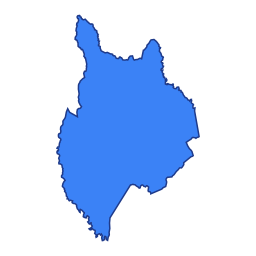 Sidrolândia, Mato Grosso do Sul, Brazil
{"feature_id": "56859067B34075926381215", "entity_name": "Sidrolândia", "entity_type": "district", "adm_level": 2, "iso_a3": "BRA", "parent_name": "Brazil", "parent_adm1": "Mato Grosso do Sul", "projection": "equal_earth", "projection_center": [-54.979, -21.085], "detail": "fine", "context": "isolated", "style": "filled", "palette": "blue", "viewbox_px": 256, "rotation_deg": 0, "n_neighbors": 0, "source": "geoboundaries", "source_scale": "gbopen_adm2", "svg_char_len": 5629}
<svg xmlns="http://www.w3.org/2000/svg" viewBox="0 0 256 256"><path d="M143.4,50.2L141.6,58.8L140.6,58.3L139.8,58.3L137.5,59.5L135.8,59.6L134.3,60.1L133.9,59.7L133.5,59.1L132.5,55.9L130.2,56.1L128.8,57.7L128.1,59.7L127.6,60.0L126.6,59.7L126.1,59.9L124.6,60.1L122.8,59.9L121.6,57.8L120.4,57.4L120.0,56.9L119.4,57.2L118.8,58.3L118.3,58.6L116.7,58.4L116.2,58.2L115.1,56.1L114.5,55.8L113.3,55.7L112.9,55.3L112.7,54.4L111.9,54.0L110.5,53.9L107.3,52.4L105.2,52.9L101.3,50.9L100.9,50.5L100.9,49.8L100.2,48.3L100.2,46.5L99.5,46.0L99.1,46.0L98.5,45.7L98.5,44.8L99.0,44.4L99.1,43.3L98.8,42.1L99.4,41.1L98.1,40.5L98.2,39.8L98.7,39.1L98.1,38.5L97.8,37.6L98.1,36.4L97.6,36.2L97.7,35.4L98.2,34.8L97.7,34.3L97.6,33.6L96.5,32.0L96.9,31.3L96.6,30.6L95.9,30.4L95.2,29.7L94.6,29.7L94.6,29.0L94.3,28.3L93.0,26.5L93.1,25.7L93.0,24.9L92.6,24.2L91.7,23.9L91.0,24.3L89.1,23.3L88.6,22.5L87.3,21.7L87.0,21.1L85.2,19.2L83.6,19.8L82.6,19.5L82.3,18.9L81.6,18.8L81.1,17.1L80.4,17.0L80.0,16.4L79.8,15.6L79.2,15.4L78.7,15.7L77.9,15.7L77.2,16.5L77.2,17.6L77.8,18.6L78.4,18.7L78.6,20.5L77.7,22.8L76.9,23.1L76.7,24.2L76.6,25.1L77.1,25.3L77.1,26.1L76.3,28.3L76.0,30.8L76.8,32.0L76.6,33.6L76.8,34.5L76.2,36.0L75.3,37.2L75.1,39.2L75.7,39.3L76.0,40.0L76.7,40.1L77.2,40.6L77.5,42.0L78.0,42.6L78.1,46.3L79.8,47.8L80.3,47.7L81.4,49.7L82.3,49.4L82.8,50.0L84.3,54.2L83.9,56.4L84.6,57.0L84.9,57.9L85.4,57.9L86.7,63.9L86.7,64.9L86.3,66.2L86.7,66.6L86.3,68.8L86.4,69.6L85.9,71.1L85.2,71.4L84.5,71.3L83.7,73.3L84.6,77.5L82.6,78.8L80.1,81.3L79.9,82.3L78.7,84.2L78.5,85.4L78.4,89.1L79.1,93.7L78.9,95.3L78.3,97.1L78.9,99.4L78.5,100.9L78.9,101.7L78.9,102.4L80.4,105.3L81.5,106.6L80.6,108.0L79.9,108.4L78.7,108.5L77.4,109.5L76.9,112.1L77.4,116.7L69.7,112.4L67.7,108.7L66.4,111.9L65.4,117.2L64.7,118.6L63.1,120.8L62.9,121.4L63.0,123.8L62.7,124.8L61.3,126.2L60.7,127.2L60.5,129.5L60.8,130.5L60.8,131.7L60.5,132.9L59.9,133.5L59.0,133.7L58.5,134.5L58.4,135.2L58.5,136.7L58.8,137.4L60.6,138.7L60.9,139.9L60.1,141.2L60.0,142.2L59.5,143.0L59.0,146.9L57.6,147.1L57.0,148.3L58.3,148.8L58.5,149.6L58.4,150.4L58.0,150.9L57.5,150.8L57.5,151.5L56.9,151.9L57.0,152.6L57.4,153.7L58.7,154.2L59.4,154.9L59.7,155.8L58.7,158.2L59.4,160.4L59.4,161.5L58.9,162.1L58.8,163.1L59.0,163.9L60.4,163.9L61.9,165.0L62.3,167.6L63.0,168.6L62.7,169.1L62.7,170.1L63.0,171.0L62.5,172.8L62.7,174.1L61.5,175.9L61.6,177.2L62.8,177.8L64.2,179.0L65.1,180.5L64.1,181.4L62.9,183.7L62.8,184.5L62.5,185.3L62.4,186.4L64.5,188.7L64.3,189.5L65.0,190.5L64.6,191.3L65.9,192.9L66.4,194.9L66.3,196.0L67.3,196.9L67.4,198.0L67.1,198.8L68.4,199.0L68.7,200.0L69.3,200.8L70.7,200.2L71.8,200.8L72.6,200.9L72.1,202.6L73.2,203.4L75.0,203.7L75.7,204.1L76.7,205.2L76.5,206.0L77.3,208.7L78.4,209.9L79.6,212.1L80.1,212.4L80.0,210.3L80.3,209.4L81.7,210.1L82.9,211.3L83.3,211.9L84.3,212.7L84.2,213.5L83.8,213.9L83.4,215.2L83.6,216.2L83.3,216.7L84.4,217.5L85.0,217.3L85.8,217.9L86.5,217.8L86.8,216.2L87.3,215.7L88.7,216.6L89.1,217.4L88.5,218.7L89.0,220.8L87.7,221.9L89.3,224.0L90.3,223.0L91.1,222.8L91.2,223.6L91.0,224.5L92.1,225.7L92.1,226.4L91.8,227.0L90.0,228.6L89.4,228.5L89.0,228.8L89.9,229.7L90.9,229.9L92.2,228.6L92.7,228.9L93.1,229.6L95.1,230.4L95.2,231.7L94.7,233.5L95.9,234.5L96.2,235.4L95.9,236.4L96.1,237.3L96.8,236.9L97.5,236.2L97.4,234.7L98.7,234.0L99.4,233.7L100.1,234.3L100.5,235.1L101.1,234.8L101.4,234.2L102.4,235.8L101.8,236.8L101.7,237.9L102.3,240.6L102.9,240.6L103.7,239.9L104.6,239.7L104.4,237.4L104.8,236.4L105.5,236.5L106.0,237.1L106.2,238.7L107.0,240.1L107.6,240.4L108.2,237.0L109.0,235.7L109.3,234.5L109.1,232.4L109.8,228.6L109.5,223.0L110.0,217.8L130.5,184.9L131.2,184.9L133.0,184.3L133.5,184.6L135.1,184.8L136.4,186.0L138.0,186.9L139.0,188.0L139.8,188.1L140.2,187.7L140.4,186.6L140.9,185.7L141.9,185.0L142.7,185.0L144.0,186.4L144.8,186.5L145.5,186.9L146.6,185.7L147.2,185.8L148.6,187.0L148.1,190.5L148.4,191.5L150.0,191.8L150.4,192.2L150.8,193.1L150.8,193.8L161.1,189.4L162.4,188.6L163.0,187.7L165.7,186.5L166.6,182.7L166.6,181.5L166.0,179.9L166.1,179.0L166.8,177.9L167.4,177.3L171.9,176.9L172.5,175.8L174.0,174.7L176.3,171.5L178.3,169.6L179.3,168.2L179.8,167.8L181.4,167.9L182.0,167.4L183.5,165.2L183.8,164.4L183.7,162.7L190.9,156.8L192.6,156.2L193.2,155.6L191.9,151.4L190.7,149.8L189.5,148.8L187.7,145.9L186.2,142.3L190.1,139.7L190.7,139.5L192.3,137.6L192.9,137.4L195.4,137.8L195.9,138.3L197.1,137.4L198.7,137.0L199.1,136.5L194.6,111.0L194.9,107.9L193.4,108.4L193.0,108.0L192.9,105.6L193.5,104.9L193.1,104.2L191.3,102.9L191.2,102.1L191.7,100.8L191.4,100.1L191.4,99.4L190.6,99.5L189.7,101.0L189.3,100.4L187.8,99.8L187.1,98.4L185.9,97.6L185.2,97.6L184.3,96.1L183.6,95.4L182.3,92.3L181.1,92.0L181.2,91.1L180.8,90.4L179.0,90.4L178.6,89.9L179.1,89.5L179.1,88.7L178.6,87.1L178.1,87.0L176.9,87.3L176.0,88.7L174.6,88.5L173.7,88.0L173.2,87.4L173.6,86.6L172.9,85.4L173.3,84.8L173.1,84.1L172.4,84.2L171.9,84.9L169.0,84.3L167.9,83.6L167.3,83.7L167.4,84.5L166.8,84.6L165.4,84.0L165.4,81.7L166.6,81.0L166.9,80.0L166.5,79.2L166.0,80.5L165.4,80.3L165.4,79.3L165.0,78.5L164.7,77.5L163.8,77.4L163.4,76.8L163.8,76.3L162.9,74.8L163.7,74.0L162.4,72.8L162.0,71.5L162.6,70.9L162.8,70.2L161.6,70.4L161.0,70.1L161.1,69.2L161.7,68.5L162.3,68.5L163.0,67.7L163.0,66.9L163.5,66.2L162.8,65.8L162.5,65.0L162.4,64.1L162.9,63.4L162.6,62.8L161.6,62.7L161.3,62.2L161.3,61.3L161.9,60.4L162.5,60.2L162.8,59.2L162.8,58.1L163.3,57.6L163.1,56.9L161.7,56.1L160.9,53.3L159.3,51.1L159.6,50.1L159.5,48.5L160.3,48.3L160.5,47.6L159.8,47.3L158.8,46.2L159.0,45.4L158.8,44.5L158.2,44.0L157.3,42.6L156.2,41.3L154.0,39.5L151.2,39.9L150.7,40.2L148.9,43.3L147.0,45.2L146.8,46.8L146.4,47.4L144.2,50.0L143.4,50.2Z" fill="#3b82f6" stroke="#1e3a8a" stroke-width="1.5"/></svg>